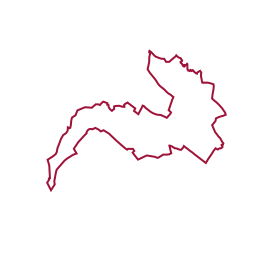 Kaugama, Jigawa, Nigeria (Mercator projection), rotated 247°
{"feature_id": "59680162B31064170938287", "entity_name": "Kaugama", "entity_type": "district", "adm_level": 2, "iso_a3": "NGA", "parent_name": "Nigeria", "parent_adm1": "Jigawa", "projection": "mercator", "projection_center": [9.774, 12.554], "detail": "fine", "context": "isolated", "style": "outline", "palette": "rose", "viewbox_px": 256, "rotation_deg": 247, "n_neighbors": 0, "source": "geoboundaries", "source_scale": "gbopen_adm2", "svg_char_len": 5276}
<svg xmlns="http://www.w3.org/2000/svg" viewBox="0 0 256 256"><g transform="rotate(247 128 128)"><path d="M100.8,32.8L104.7,38.5L107.7,39.3L114.7,43.9L117.5,46.0L122.7,56.7L123.6,59.6L124.8,66.9L124.7,70.0L124.6,70.7L130.0,70.0L132.0,73.0L134.4,76.7L138.1,84.8L139.3,87.8L140.1,88.0L141.0,89.1L141.8,90.5L142.1,92.1L141.5,93.6L140.7,94.8L140.9,97.9L138.0,100.4L135.5,101.6L135.5,104.6L130.3,108.3L121.7,112.0L115.4,115.0L110.7,117.3L108.4,118.8L108.8,119.8L106.9,124.3L104.4,124.8L103.4,122.6L95.0,124.9L95.4,134.5L90.9,141.6L89.4,143.0L88.8,143.9L89.4,147.9L89.8,150.0L88.0,154.2L87.7,155.7L87.8,157.9L95.6,159.2L95.5,159.6L95.2,160.0L94.8,160.3L94.5,160.4L94.3,160.8L93.9,161.2L93.6,161.5L93.2,161.7L92.8,161.9L92.3,162.2L92.0,162.4L91.7,163.0L91.3,163.1L91.0,163.3L90.7,163.9L90.4,164.4L89.9,164.9L89.7,165.3L89.2,165.7L88.7,166.3L88.2,166.8L87.7,167.3L87.4,167.9L87.2,168.4L87.2,168.7L87.4,169.0L87.6,169.4L87.8,169.7L88.1,170.4L88.4,171.0L88.7,171.3L88.8,171.7L89.5,172.4L89.3,172.5L87.9,173.3L87.2,173.7L86.5,174.1L85.7,174.6L84.9,175.0L84.0,175.5L83.3,175.8L80.8,177.4L79.3,178.2L77.2,179.3L74.9,180.6L73.3,181.5L71.9,182.3L69.6,183.6L68.4,184.3L67.5,184.8L65.4,186.0L68.4,190.1L70.3,193.2L71.6,195.2L73.5,197.8L75.1,200.7L74.4,201.2L73.3,202.0L73.1,202.3L73.3,203.2L73.5,204.5L73.4,204.7L73.2,204.9L73.1,205.1L73.1,205.4L73.1,205.6L73.1,205.8L73.1,206.1L73.2,206.5L73.3,207.1L73.4,207.4L73.6,207.5L74.1,207.7L74.4,207.7L74.9,207.6L75.1,207.6L75.3,207.5L75.6,207.4L75.9,207.5L76.0,207.6L75.4,208.6L76.6,209.8L79.0,209.2L79.9,209.2L81.0,209.0L82.7,208.9L85.0,207.9L87.3,207.4L90.1,206.6L97.8,206.6L100.2,211.2L102.5,212.8L102.6,216.2L102.0,221.0L102.1,222.1L102.0,223.1L104.1,223.4L109.1,222.4L113.7,220.9L117.2,219.4L119.3,218.2L122.2,216.9L126.0,219.0L129.4,221.3L132.9,223.3L133.9,223.5L134.8,223.8L136.2,222.3L136.6,221.7L137.2,221.0L137.8,220.2L138.2,219.7L138.5,219.2L138.8,218.7L139.1,218.1L139.1,217.4L139.5,217.0L139.8,216.5L140.0,216.0L140.1,215.7L140.0,215.3L140.4,214.6L140.7,214.1L141.0,214.1L141.6,214.3L142.2,214.3L143.6,214.7L144.7,214.9L145.8,215.2L146.7,215.3L147.6,215.6L148.3,216.0L149.0,216.2L149.4,216.6L149.9,216.8L150.2,216.9L150.6,217.1L151.2,216.9L151.9,216.8L152.4,216.7L152.3,215.7L152.2,214.6L152.1,213.9L152.0,213.5L151.1,212.7L151.4,212.4L151.6,212.1L151.9,211.9L152.2,211.8L152.7,211.5L153.1,211.3L153.7,211.0L154.3,210.7L154.6,210.6L154.8,210.6L155.0,210.6L155.4,210.5L155.4,210.3L155.6,210.3L155.7,210.2L156.0,210.0L156.2,209.8L156.2,209.5L156.2,209.2L155.9,209.0L155.7,208.9L155.7,208.7L155.9,208.6L156.1,208.7L156.3,208.7L156.5,208.3L156.6,208.2L156.9,208.2L157.1,208.1L157.1,207.9L157.1,207.7L156.9,207.2L156.7,207.0L156.5,206.9L156.7,206.7L156.9,206.4L157.1,206.2L157.3,205.9L157.5,205.9L158.0,205.9L158.3,205.6L158.5,205.6L160.7,206.4L161.3,206.6L161.7,206.8L162.0,206.9L162.6,207.2L163.1,207.4L163.5,207.5L163.9,207.6L164.0,207.5L163.8,207.3L163.6,207.2L163.4,207.0L163.4,206.8L163.4,206.5L163.4,206.2L163.5,206.0L163.4,205.8L163.4,205.5L163.4,205.2L163.6,205.0L163.8,204.9L164.0,204.7L164.1,204.2L163.9,204.0L163.7,203.9L163.5,204.0L163.3,204.2L163.4,204.4L163.4,204.6L163.3,204.8L163.1,204.7L162.9,204.6L162.7,204.4L162.5,204.1L162.7,203.8L162.7,203.6L162.8,203.4L163.1,203.2L163.4,203.1L163.7,203.0L163.9,202.8L164.2,202.8L164.7,202.8L165.1,202.8L165.6,202.8L165.9,202.8L166.2,202.7L166.3,202.6L166.6,202.4L167.0,202.2L167.3,202.1L167.6,202.0L167.9,202.0L168.2,202.1L168.3,202.2L168.3,202.4L168.2,202.7L168.3,202.9L168.3,203.1L168.4,203.3L168.5,203.6L168.6,203.9L168.8,204.1L169.1,204.3L169.3,204.3L170.0,203.9L170.7,203.8L171.1,203.9L171.7,203.7L172.0,203.6L172.4,202.9L172.8,202.4L173.6,201.9L175.1,201.1L176.0,200.8L175.4,199.9L173.7,194.5L172.8,191.8L174.0,188.9L177.5,188.4L178.5,186.1L180.6,183.6L182.0,182.3L182.7,181.5L184.1,180.7L189.0,178.9L190.6,177.9L189.9,177.2L189.4,177.1L188.2,177.3L187.4,177.2L187.0,176.8L184.9,175.3L180.5,173.3L176.9,170.8L174.4,169.0L170.2,169.7L168.1,170.3L164.5,171.4L162.3,172.0L161.0,172.3L157.0,172.9L154.2,173.8L149.0,176.6L146.9,177.3L143.8,178.8L142.5,179.9L140.7,180.8L138.8,181.9L136.4,179.4L135.5,178.7L134.3,177.6L132.9,176.3L131.6,175.2L130.5,174.2L129.5,173.4L128.6,172.4L125.5,173.7L124.6,172.7L122.2,167.7L124.6,165.7L127.2,163.2L129.0,159.8L131.4,157.2L134.1,155.1L139.4,152.2L140.5,151.7L141.5,151.5L142.4,150.8L142.9,150.2L141.8,149.2L138.4,145.0L136.7,142.9L141.3,140.2L143.2,142.3L145.3,141.1L148.2,139.4L151.6,137.5L151.4,136.8L151.4,136.5L151.4,136.4L151.5,136.2L151.3,134.9L151.3,134.6L150.9,133.9L150.6,133.2L149.9,133.3L149.6,133.2L149.0,133.0L148.9,133.0L148.9,132.9L149.6,131.4L151.9,128.5L153.0,125.5L153.3,123.7L150.8,122.6L150.6,121.1L150.1,119.9L152.0,118.9L154.6,118.4L157.1,119.0L157.5,118.0L159.1,118.6L161.9,115.5L161.9,115.3L161.9,115.2L160.9,112.6L160.4,111.7L160.1,111.1L161.2,110.2L162.4,107.6L160.8,102.6L162.7,98.9L163.9,96.6L163.9,94.8L164.0,88.4L160.2,84.6L159.5,80.6L157.9,79.3L155.7,77.9L153.3,76.7L150.8,75.0L150.6,74.2L152.1,72.9L149.1,71.4L147.5,69.0L146.8,65.6L144.3,62.2L141.0,59.1L137.0,55.2L133.8,53.1L132.2,51.2L131.1,47.2L130.2,41.6L124.3,40.9L113.3,36.9L112.5,36.6L112.6,36.4L112.6,36.1L112.5,35.7L112.4,35.4L112.0,35.4L111.9,35.3L111.7,35.3L111.4,35.3L109.2,32.2L100.8,32.8Z" fill="none" stroke="#9f1239" stroke-width="2"/></g></svg>